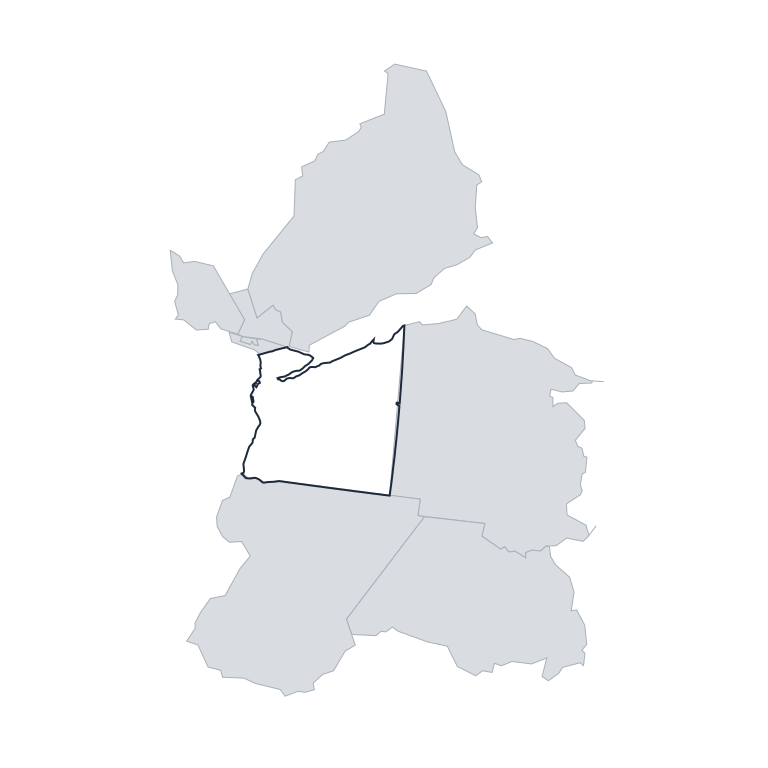 Egypt and the surrounding countries, rotated 275°
{"feature_id": "EGY", "entity_name": "Egypt", "entity_type": "country or territory", "adm_level": 0, "iso_a3": "EGY", "parent_name": "Africa", "parent_adm1": "", "projection": "orthographic", "projection_center": [30.805, 26.825], "detail": "fine", "context": "with_neighbors", "style": "outline", "palette": "slate", "viewbox_px": 768, "rotation_deg": 275, "n_neighbors": 8, "source": "natural_earth", "source_scale": "50m", "svg_char_len": 6877}
<svg xmlns="http://www.w3.org/2000/svg" viewBox="0 0 768 768"><g transform="rotate(275 384 384)"><path d="M261.3,607.7L249.8,600.6L244.6,596.1L246.4,579.3L237.9,569.5L236.7,559.4L231.3,554.7L231.4,545.9L228.4,539.9L223.1,540.5L228.9,529.0L227.5,522.7L232.5,518.4L229.6,514.6L241.0,494.8L253.8,496.6L255.8,429.3L272.4,430.1L273.5,399.3L444.0,399.2L449.2,414.1L446.2,417.0L448.9,432.8L454.9,450.9L468.9,459.5L461.8,468.7L451.0,471.8L446.5,476.7L439.6,509.6L441.3,515.6L439.3,528.7L433.5,543.8L424.5,551.5L416.7,569.4L409.6,573.7L405.2,589.4L405.5,602.7L405.3,591.2L403.1,590.9L401.5,578.5L393.5,572.8L391.6,562.0L393.4,550.9L386.3,550.0L385.3,553.4L376.2,554.3L379.9,558.6L381.2,567.6L365.3,586.6L357.4,588.2L344.6,579.5L338.8,582.5L337.2,586.8L329.3,589.5L328.8,592.6L313.6,592.3L311.5,589.2L300.5,588.4L294.9,590.8L290.8,589.3L280.5,576.2L269.5,577.8L261.0,597.5L251.0,601.4L261.3,607.7Z" fill="#d9dde1" stroke="#a8b0b8" stroke-width="1"/><path d="M255.3,435.8L253.8,496.6L241.0,494.8L229.6,514.6L232.5,518.4L227.5,522.7L228.9,529.0L223.1,540.5L228.4,539.9L231.4,545.9L231.3,554.7L236.7,559.4L236.4,563.0L226.8,565.0L219.0,570.5L207.6,585.8L193.2,591.5L174.4,590.2L175.7,595.6L161.2,605.0L142.2,608.6L136.1,604.3L133.2,607.7L120.9,607.3L123.4,603.7L117.3,586.6L111.0,583.3L102.7,573.5L106.3,567.0L125.3,570.0L118.0,555.5L118.7,535.7L113.5,525.3L115.4,518.4L106.1,516.8L106.9,507.2L101.3,500.8L109.0,481.7L128.4,469.8L130.8,450.1L138.9,419.7L142.6,413.5L137.2,407.5L137.5,402.6L132.6,398.0L131.7,373.6L146.5,367.0L255.3,435.8Z" fill="#d9dde1" stroke="#a8b0b8" stroke-width="1"/><path d="M421.9,225.2L419.0,239.0L414.2,237.0L411.8,247.4L415.2,249.0L411.9,251.3L411.5,255.4L417.6,253.0L418.2,259.0L412.5,284.0L402.8,257.7L406.5,252.5L412.7,228.6L421.9,225.2Z" fill="#d9dde1" stroke="#a8b0b8" stroke-width="1"/><path d="M417.6,253.0L411.5,255.4L411.9,251.3L415.2,249.0L411.8,247.4L414.2,237.0L419.0,239.0L417.6,253.0Z" fill="#d9dde1" stroke="#a8b0b8" stroke-width="1"/><path d="M419.0,239.0L421.0,234.0L435.9,239.5L460.1,221.7L466.8,240.1L438.8,251.8L452.9,266.6L448.6,269.5L446.8,274.8L436.7,277.4L428.1,288.2L413.0,286.3L412.5,284.0L418.2,259.0L419.0,239.0Z" fill="#d9dde1" stroke="#a8b0b8" stroke-width="1"/><path d="M421.0,234.0L424.7,216.7L431.3,210.6L428.9,204.6L423.2,204.1L421.4,192.4L430.4,179.0L430.5,170.4L434.8,173.2L448.1,168.2L454.8,170.7L465.0,170.0L478.5,163.2L498.6,159.4L493.5,169.4L487.2,173.8L489.6,184.8L486.8,203.7L435.9,239.5L421.0,234.0Z" fill="#d9dde1" stroke="#a8b0b8" stroke-width="1"/><path d="M413.0,286.3L428.1,288.2L436.7,277.4L446.8,274.8L448.6,269.5L452.9,266.6L438.8,251.8L466.8,240.1L482.8,243.2L503.2,252.4L543.5,279.7L579.8,277.9L584.1,284.8L593.2,283.1L600.3,295.6L607.2,298.2L610.3,303.2L620.1,308.3L623.7,324.7L633.2,336.6L637.6,339.0L641.1,337.3L652.9,360.8L693.7,361.0L695.8,357.2L703.6,366.8L699.4,399.0L660.9,421.8L621.7,434.1L609.3,442.9L600.6,460.3L594.2,463.7L590.2,459.1L568.1,459.5L547.7,463.5L541.5,460.1L538.2,468.0L540.0,474.3L534.0,479.8L525.5,463.3L517.7,458.5L509.2,446.3L504.4,434.1L493.9,424.3L487.3,422.3L477.0,408.2L474.9,388.4L465.9,371.8L451.2,363.4L442.5,343.3L438.3,340.1L416.1,306.2L409.3,306.5L413.0,286.3Z" fill="#d9dde1" stroke="#a8b0b8" stroke-width="1"/><path d="M278.5,287.2L272.4,430.1L255.8,429.3L255.3,435.8L146.5,367.0L121.4,378.1L114.6,368.6L94.0,358.8L89.4,348.3L79.9,339.5L73.3,341.2L69.9,331.9L70.4,325.3L64.4,312.7L70.6,307.3L74.4,282.2L78.8,270.1L77.8,248.7L84.5,246.2L86.7,233.4L107.8,221.4L110.6,209.8L124.2,217.2L129.6,216.7L139.6,220.7L155.2,229.7L159.3,244.1L187.9,256.8L200.9,265.8L214.7,255.9L212.9,243.8L217.7,236.7L227.6,230.2L236.7,228.8L253.9,233.2L257.8,240.3L279.5,246.0L282.5,251.3L277.3,258.4L279.0,265.2L275.1,274.5L278.5,287.2Z" fill="#d9dde1" stroke="#a8b0b8" stroke-width="1"/><path d="M444.1,399.2L439.4,399.4L434.7,399.6L430.0,399.8L425.3,400.0L420.6,400.2L415.8,400.3L411.1,400.5L406.4,400.6L401.7,400.8L397.0,400.9L392.3,401.0L387.6,401.0L382.8,401.1L378.1,401.2L373.4,401.2L368.7,401.3L366.0,401.3L366.4,399.9L366.7,398.9L366.4,398.3L365.5,398.1L364.9,398.3L363.5,401.2L362.7,401.3L361.1,401.3L355.6,401.3L350.1,401.3L344.6,401.3L339.1,401.2L333.6,401.2L328.1,401.1L322.6,401.0L317.1,400.9L311.6,400.8L306.1,400.6L300.6,400.4L295.2,400.3L289.7,400.1L284.2,399.9L278.7,399.6L273.3,399.4L273.4,395.9L273.5,392.4L273.7,389.0L273.8,385.5L273.9,382.0L274.1,378.6L274.2,375.1L274.4,371.6L274.5,368.1L274.6,364.6L274.8,361.2L274.9,357.7L275.1,354.2L275.2,350.7L275.4,347.2L275.5,343.8L275.7,340.3L275.8,336.8L276.0,333.3L276.2,329.8L276.3,326.4L276.5,322.9L276.6,319.4L276.8,315.9L277.0,312.4L277.1,309.0L277.3,305.5L277.5,302.0L277.6,298.5L277.8,295.0L278.0,291.6L278.1,288.1L278.1,287.4L277.4,285.0L276.9,282.0L276.4,278.3L276.3,277.1L275.3,273.2L275.2,272.1L275.6,271.4L277.8,268.3L278.5,266.7L279.1,264.9L279.3,263.4L278.8,261.0L278.3,258.9L278.2,256.8L278.2,254.7L279.3,253.3L280.6,252.0L281.1,251.2L281.8,250.3L282.4,249.9L283.2,251.8L285.3,252.2L292.1,250.9L299.5,252.8L303.5,253.6L309.8,255.2L313.6,257.9L314.7,258.2L317.5,258.2L319.2,259.8L326.5,260.7L330.3,262.4L332.5,263.8L333.8,264.2L335.0,264.1L336.6,263.7L338.6,262.7L340.8,261.5L345.3,258.2L346.9,257.6L347.9,257.7L349.2,257.7L349.7,256.8L350.4,256.2L350.8,255.5L351.5,254.6L353.8,254.4L358.5,252.9L358.0,253.6L353.7,255.3L355.5,255.5L357.4,254.9L359.5,254.5L359.9,253.9L360.2,252.6L360.6,252.4L362.1,252.6L366.5,254.6L367.5,254.6L370.6,253.5L371.3,253.3L372.3,253.9L374.6,256.3L373.8,256.3L371.3,254.2L371.1,255.3L369.7,257.1L371.5,257.9L372.9,258.2L373.7,259.3L374.2,260.2L375.6,259.8L376.5,258.5L376.0,257.8L375.6,257.1L376.1,257.0L377.1,257.6L379.9,260.0L380.8,260.5L381.9,260.4L384.2,259.7L384.8,259.8L387.8,258.8L388.2,259.5L388.7,260.1L391.1,259.3L394.9,259.3L398.0,258.4L401.6,256.4L401.9,256.1L402.1,256.6L402.6,257.9L403.8,261.1L404.8,263.7L406.1,267.2L406.5,268.6L406.7,269.6L408.6,273.4L409.7,276.7L410.6,279.3L411.8,283.1L412.3,284.4L411.5,285.1L410.1,287.7L408.8,295.7L406.6,302.0L406.5,305.9L406.2,307.3L405.1,309.3L403.8,311.2L401.4,310.3L397.4,307.0L395.0,303.8L392.6,301.8L390.2,299.1L389.6,297.1L389.6,295.8L388.5,292.8L387.7,291.3L384.9,288.0L384.1,286.3L383.4,285.5L382.8,284.4L381.7,280.1L380.6,277.4L379.4,278.2L379.6,279.4L378.5,280.9L377.9,282.8L378.4,284.3L380.7,286.5L381.2,287.5L381.8,289.7L381.7,292.6L382.1,293.6L383.9,295.8L384.5,297.1L384.9,298.2L385.5,299.2L387.2,301.1L389.7,304.7L392.1,307.1L393.8,308.2L394.5,309.4L394.8,312.4L394.7,313.9L396.2,316.6L396.8,318.0L398.3,319.1L398.9,320.4L399.6,322.4L400.7,328.6L402.0,330.1L406.1,338.2L409.5,343.3L411.2,347.1L413.8,351.7L418.9,361.8L421.8,364.9L423.0,366.7L425.1,368.0L427.5,369.9L425.3,369.7L424.8,369.9L424.0,370.3L423.7,371.5L423.6,372.5L424.0,377.7L424.7,380.3L426.8,385.3L428.2,386.7L429.0,387.7L430.0,388.3L434.5,389.9L437.3,393.4L443.4,397.7L444.0,398.9L444.1,399.2Z" fill="none" stroke="#1e293b" stroke-width="2"/></g></svg>